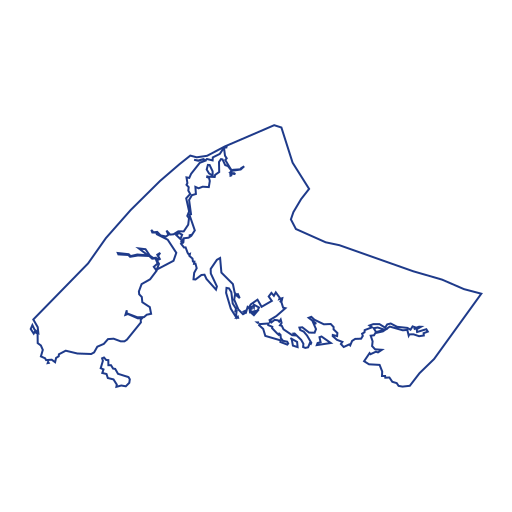 the district of Kaimana, Papua Barat, Indonesia
{"feature_id": "22746128B93097528927367", "entity_name": "Kaimana", "entity_type": "district", "adm_level": 2, "iso_a3": "IDN", "parent_name": "Indonesia", "parent_adm1": "Papua Barat", "projection": "albers", "projection_center": [133.918, -3.548], "detail": "fine", "context": "isolated", "style": "outline", "palette": "blue", "viewbox_px": 512, "rotation_deg": 0, "n_neighbors": 0, "source": "geoboundaries", "source_scale": "gbopen_adm2", "svg_char_len": 6115}
<svg xmlns="http://www.w3.org/2000/svg" viewBox="0 0 512 512"><path d="M434.1,359.0L481.3,293.7L463.9,289.1L442.0,279.6L413.3,271.3L339.4,245.2L325.7,242.3L295.9,229.0L290.9,219.4L293.4,212.1L301.1,199.1L309.1,188.9L292.6,162.7L281.4,127.5L274.2,125.2L224.7,146.5L207.1,155.8L196.7,157.3L190.3,155.6L179.6,164.1L160.1,180.9L130.7,210.0L105.9,238.1L88.1,263.4L33.3,319.5L37.7,327.1L38.3,332.7L34.5,329.5L32.4,325.1L30.7,329.0L33.7,333.6L34.6,332.0L37.6,333.6L37.7,343.1L40.9,345.5L42.8,349.9L40.9,356.4L45.1,358.3L46.1,360.1L51.7,359.7L55.1,362.2L56.1,357.9L58.7,356.3L58.9,354.3L65.7,350.7L77.4,353.5L91.2,354.0L94.1,352.4L97.3,346.7L103.8,343.9L108.0,339.1L113.6,338.7L120.6,341.3L124.5,341.3L126.9,339.7L140.9,322.4L140.7,319.7L142.6,317.7L138.0,318.4L127.9,314.0L125.4,314.9L126.8,310.3L126.6,313.2L137.4,317.3L144.0,317.1L146.8,314.7L151.1,313.8L149.8,307.1L142.3,302.2L141.8,297.0L139.2,294.3L138.9,291.4L141.6,284.1L150.1,279.3L156.6,270.7L153.8,266.8L157.6,263.5L155.5,258.4L152.2,258.7L149.2,256.0L137.9,255.5L130.1,256.8L128.4,255.0L118.4,254.4L117.8,253.0L128.7,254.2L130.6,256.1L137.3,254.5L148.0,255.4L138.8,248.4L145.5,249.2L149.9,255.7L153.4,258.1L155.9,257.7L156.6,259.0L159.2,258.2L157.3,254.7L160.2,252.9L158.1,255.9L159.8,259.0L156.9,260.4L159.0,263.9L156.7,269.6L173.5,260.8L176.3,252.8L167.7,239.7L156.8,234.2L156.6,232.6L152.3,232.5L151.3,229.9L153.5,232.3L157.2,231.9L160.6,235.4L166.0,236.5L168.4,234.8L166.5,230.6L170.2,234.6L173.5,234.3L178.3,231.3L183.7,231.4L188.2,224.7L189.0,218.2L187.3,215.9L189.1,211.4L186.2,198.3L190.2,194.0L188.3,190.6L188.7,187.2L186.5,184.8L187.4,183.1L186.5,177.4L189.3,177.9L191.1,173.8L199.8,162.8L205.0,160.8L203.0,159.3L198.3,160.8L194.1,159.8L198.3,160.5L203.4,159.1L205.4,160.4L206.9,159.0L212.6,160.4L212.8,157.4L219.8,153.9L224.6,146.7L227.3,146.1L225.4,147.1L227.3,147.6L225.3,147.2L224.1,148.7L225.0,155.7L226.7,158.3L225.3,160.0L230.6,168.9L232.1,170.4L233.1,169.8L240.5,169.3L241.1,168.2L244.2,166.3L240.7,169.5L231.9,170.8L230.7,173.2L234.1,173.2L235.3,174.1L230.7,173.4L231.3,174.1L231.4,174.7L231.3,175.4L230.5,175.7L230.3,172.3L231.6,170.8L228.0,166.1L225.2,165.1L222.5,159.4L221.0,159.1L219.0,162.0L219.2,172.0L215.1,174.9L214.7,177.0L208.7,176.7L209.8,181.0L208.8,187.1L202.7,186.7L198.6,188.3L195.4,186.9L195.9,194.0L191.9,195.2L189.1,200.0L191.0,214.2L189.3,214.4L194.8,230.4L191.3,235.8L188.6,237.7L183.7,238.3L183.4,242.2L181.1,243.8L184.0,247.5L185.6,247.4L187.6,252.8L188.7,254.4L189.9,253.9L189.5,256.0L192.5,258.6L192.9,261.4L194.4,261.6L194.0,263.8L195.5,263.7L196.7,268.2L194.2,272.8L193.5,279.3L195.5,279.5L201.4,275.0L204.5,274.7L206.5,279.0L216.0,289.6L216.9,286.4L210.8,273.5L210.7,268.9L216.9,259.8L220.1,258.0L221.4,272.6L232.9,284.1L234.7,292.8L236.6,294.6L237.9,294.1L239.7,298.1L235.1,294.3L234.2,299.6L238.4,309.5L243.0,314.2L245.0,313.1L243.6,311.6L245.5,310.7L246.2,311.8L247.6,307.0L248.6,307.9L250.9,304.3L257.5,299.7L261.6,306.8L271.8,300.9L268.7,296.5L271.4,292.9L273.9,295.8L275.8,292.4L279.8,297.9L279.3,299.1L282.3,298.2L281.4,302.1L283.1,307.6L285.4,308.2L276.3,316.1L268.8,320.6L270.1,320.1L269.9,322.0L270.9,321.2L271.4,322.4L274.6,319.9L277.9,320.3L279.2,321.7L280.7,319.5L281.6,322.9L280.0,325.3L281.8,325.8L283.5,329.3L292.2,335.2L295.1,335.4L293.6,333.6L294.6,333.5L301.2,339.9L303.4,343.8L303.1,347.0L305.3,347.9L308.1,347.3L309.8,343.2L310.8,343.9L311.3,342.8L307.0,335.5L303.7,331.6L300.2,330.0L299.4,327.6L302.3,327.3L309.1,332.6L314.6,332.7L316.0,329.1L313.3,322.9L316.3,323.7L308.7,317.8L311.3,316.8L314.4,319.7L323.9,324.3L330.7,324.0L333.6,327.0L333.6,329.4L337.4,333.0L337.1,336.1L332.8,335.0L332.7,336.1L336.9,339.8L342.4,341.9L340.9,344.0L343.7,347.0L349.3,344.4L350.2,345.4L352.1,340.9L355.2,338.9L361.1,338.7L362.8,335.9L362.1,333.7L364.5,332.3L364.7,330.1L372.0,327.3L369.5,325.5L373.4,324.1L379.4,324.1L385.1,327.6L387.2,324.4L390.7,323.5L397.1,326.8L407.4,327.9L410.5,329.7L412.6,326.4L416.2,327.7L419.1,326.7L421.0,326.8L416.7,329.2L417.1,332.0L426.3,329.2L427.8,331.6L423.6,333.2L423.8,335.5L419.1,336.2L413.5,334.3L409.3,334.4L408.7,335.6L407.3,329.9L402.8,330.3L389.8,326.6L382.9,331.4L375.3,333.1L374.0,335.3L370.7,335.7L372.6,341.3L372.1,346.1L375.1,349.3L381.9,349.8L378.0,352.4L375.9,351.7L370.5,354.2L369.6,353.1L364.1,361.2L369.0,364.3L379.6,364.9L382.2,371.5L382.0,376.0L385.1,376.0L385.3,377.7L389.4,377.5L392.3,381.8L396.7,383.1L398.6,385.9L402.5,386.6L409.8,385.8L419.5,373.2L434.1,359.0ZM106.2,360.0L104.0,357.5L102.1,358.3L102.9,360.8L100.7,368.2L103.5,369.4L102.3,373.0L106.5,374.0L107.8,378.0L113.5,379.4L116.8,384.6L116.4,386.8L121.3,385.5L125.8,386.3L129.3,382.8L129.8,379.3L128.5,377.1L118.0,373.8L115.2,368.9L113.1,368.6L111.0,365.2L108.4,365.2L108.3,360.1L106.2,360.0ZM268.1,323.5L259.7,324.1L259.1,325.2L263.2,328.9L265.3,335.9L280.7,340.4L280.4,342.0L287.3,344.6L288.2,343.5L287.2,341.7L283.0,340.8L280.8,338.1L280.5,334.8L278.5,333.0L279.5,335.5L277.3,333.6L272.1,328.2L272.3,326.8L268.2,325.1L268.1,323.5ZM231.3,292.1L229.0,288.4L226.5,287.9L226.1,292.8L230.8,308.7L235.9,316.9L236.6,311.0L235.4,311.2L236.0,308.7L232.7,303.5L231.3,292.1ZM321.5,336.5L319.5,337.2L320.6,342.2L317.6,343.0L316.8,345.1L330.8,343.0L321.5,336.5ZM259.0,307.5L254.1,304.8L253.9,307.0L253.3,305.8L251.9,307.2L250.0,306.4L249.8,307.7L251.5,308.7L250.3,309.1L250.8,310.8L249.7,310.1L250.0,312.3L257.6,310.5L259.0,307.5ZM297.6,347.1L297.1,341.9L290.4,338.1L291.7,339.1L292.9,345.6L297.6,347.1ZM207.9,164.9L206.7,169.5L209.0,173.4L212.7,175.6L212.6,171.3L209.6,165.0L207.9,164.9ZM377.7,327.5L373.7,328.2L376.1,332.1L384.6,329.7L377.7,327.5ZM179.0,233.0L176.2,235.0L180.5,239.1L182.1,234.7L179.0,233.0ZM253.9,315.2L256.9,311.7L251.6,313.2L253.9,315.2ZM414.0,329.3L416.0,328.2L414.9,328.1L414.0,329.3ZM236.6,317.8L238.1,317.8L237.8,316.7L236.6,317.8ZM188.9,235.5L190.6,235.8L191.1,234.9L188.9,235.5ZM182.4,242.2L182.0,240.6L181.3,241.7L182.4,242.2ZM47.7,363.1L48.7,362.9L48.1,361.9L47.7,363.1ZM206.9,177.9L207.9,176.6L207.3,176.4L206.9,177.9ZM280.1,302.3L280.9,301.5L280.7,301.1L280.1,302.3ZM257.7,322.8L259.0,322.4L257.2,322.4L257.7,322.8Z" fill="none" stroke="#1e3a8a" stroke-width="2"/></svg>